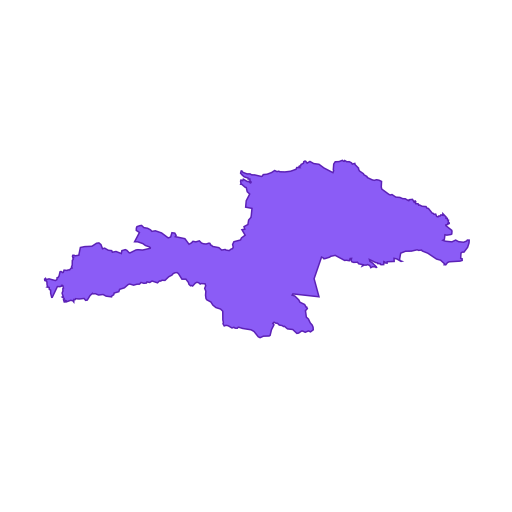 outline of Teziutlán, Puebla, Mexico, rotated 257°
{"feature_id": "50627088B50990328034226", "entity_name": "Teziutlán", "entity_type": "district", "adm_level": 2, "iso_a3": "MEX", "parent_name": "Mexico", "parent_adm1": "Puebla", "projection": "mercator", "projection_center": [-97.359, 19.874], "detail": "fine", "context": "isolated", "style": "filled", "palette": "violet", "viewbox_px": 512, "rotation_deg": 257, "n_neighbors": 0, "source": "geoboundaries", "source_scale": "gbopen_adm2", "svg_char_len": 6078}
<svg xmlns="http://www.w3.org/2000/svg" viewBox="0 0 512 512"><g transform="rotate(257 256 256)"><path d="M205.3,455.9L207.0,456.2L207.7,454.9L212.8,456.4L213.4,457.9L213.0,459.5L216.8,464.1L220.8,466.5L223.5,467.3L224.0,465.5L223.2,464.6L222.7,461.3L224.4,456.6L226.6,454.1L225.7,450.1L227.8,443.9L229.3,441.6L229.9,443.3L234.2,444.9L233.4,446.6L233.1,450.8L233.4,451.7L235.9,452.5L237.0,452.5L242.9,447.8L243.6,448.0L243.6,450.0L244.4,450.1L244.2,451.6L244.9,451.7L245.7,450.9L247.6,451.6L248.0,450.7L249.7,450.9L250.2,449.6L251.2,450.0L255.2,447.6L253.6,447.2L254.5,445.5L253.5,444.2L253.9,443.2L253.2,442.2L253.9,440.9L256.4,440.5L256.5,438.9L257.6,438.4L258.0,437.4L263.5,434.7L264.2,433.3L265.9,432.8L267.1,429.0L268.9,426.9L268.9,426.0L270.4,425.7L271.1,423.3L272.5,423.3L272.8,423.9L273.8,423.6L273.8,422.8L273.2,422.9L272.9,422.2L276.0,421.2L276.4,417.9L275.6,417.6L275.6,417.0L278.2,414.3L278.9,411.8L280.7,409.4L281.9,405.5L285.3,402.3L285.2,400.8L286.0,399.5L292.9,393.6L295.1,393.6L300.4,395.1L302.2,392.9L303.2,390.6L303.1,388.3L303.9,386.6L307.4,382.1L308.5,382.0L310.9,379.4L312.0,379.2L315.5,376.0L317.7,375.4L318.5,375.7L322.7,373.1L324.0,373.1L323.9,370.5L325.3,370.0L326.9,368.1L327.4,365.7L329.1,363.9L328.4,363.2L328.6,362.6L329.8,361.7L329.3,358.2L330.0,354.4L328.1,352.4L322.6,350.7L321.7,350.9L319.9,349.7L326.5,342.0L331.2,338.0L333.1,333.0L336.0,329.8L335.0,326.7L337.2,325.7L337.5,325.0L337.2,323.8L335.6,323.0L335.1,320.5L333.7,319.7L333.9,318.5L333.3,317.9L332.3,318.5L333.0,315.6L331.5,314.5L330.8,308.8L331.4,303.1L332.7,298.2L333.5,297.3L333.5,295.4L335.1,293.4L333.8,289.9L333.2,285.1L333.7,281.4L332.4,280.0L332.3,279.1L335.3,273.0L336.1,270.0L337.4,268.6L338.0,265.8L340.4,262.1L342.1,261.3L342.2,260.7L340.2,259.6L337.9,260.8L335.8,262.3L333.7,265.8L332.7,265.7L332.4,267.3L330.8,267.0L329.1,267.9L328.4,267.2L328.8,266.6L330.5,265.4L330.5,264.3L333.7,260.9L332.4,260.0L333.4,258.5L332.4,257.8L330.1,257.7L329.4,257.2L329.0,258.3L325.4,260.9L324.9,261.9L320.6,261.9L317.8,263.8L312.0,258.9L305.9,256.9L303.3,262.8L296.5,260.5L294.7,259.7L292.7,256.9L288.5,255.2L287.3,250.9L284.6,251.1L284.8,248.2L278.7,250.1L276.9,245.9L275.1,244.5L274.9,237.7L272.5,235.8L269.7,235.8L268.4,234.7L268.4,233.4L267.3,231.1L268.5,228.1L269.3,227.4L269.5,223.9L272.5,221.7L275.1,215.8L276.4,215.2L276.9,214.2L278.6,214.0L279.1,213.1L278.9,210.1L279.7,207.7L280.9,205.8L283.5,204.2L283.3,200.5L284.5,197.9L283.3,196.0L282.5,193.4L288.9,190.6L293.0,181.7L294.1,182.8L296.6,182.0L297.6,179.3L293.7,177.1L293.4,174.5L299.7,169.2L303.2,163.6L303.4,160.1L305.2,159.1L307.4,156.6L308.9,153.1L311.5,151.4L311.7,149.8L311.4,146.6L310.1,145.7L307.9,145.1L305.1,147.7L297.2,140.9L296.4,144.0L293.5,148.6L291.1,150.6L288.9,154.1L287.9,154.9L287.3,154.7L287.3,146.8L288.7,142.4L288.9,140.4L287.4,134.1L287.6,133.2L290.6,131.4L291.6,130.1L291.4,126.5L288.7,125.3L291.9,120.6L292.0,116.9L293.7,116.6L294.8,113.4L297.7,110.3L297.6,108.1L302.0,107.5L304.1,105.9L304.3,103.5L302.4,98.3L303.7,91.2L303.8,86.8L296.6,83.5L296.9,79.6L297.7,78.9L297.9,77.6L297.0,77.1L295.7,77.7L295.8,77.2L293.9,77.1L293.0,76.0L288.5,74.9L286.9,73.8L285.7,74.1L285.7,73.0L284.4,71.3L284.7,69.7L284.4,68.7L285.4,65.8L283.4,64.5L283.3,63.9L284.8,62.5L284.7,61.5L281.0,59.7L279.6,58.4L279.6,57.3L277.8,56.7L277.2,55.0L280.3,49.2L280.2,46.3L281.6,45.9L281.0,44.8L279.6,44.7L278.6,46.3L277.6,46.4L274.8,45.9L273.2,46.2L272.8,45.4L271.8,47.4L270.0,47.1L268.9,48.2L265.7,47.5L261.7,47.6L261.6,48.2L270.9,55.6L270.2,58.2L270.4,59.8L271.1,59.9L271.2,60.4L270.6,61.1L268.0,61.2L267.6,60.4L265.3,60.0L263.5,58.7L259.8,59.0L259.6,57.9L257.8,59.5L257.1,59.4L256.8,58.6L254.3,58.8L254.1,59.7L255.5,60.3L255.1,61.0L254.0,61.1L254.5,65.4L253.7,67.4L252.2,68.1L254.6,68.8L254.2,70.0L255.0,70.6L253.9,74.0L253.3,78.9L251.1,80.0L251.0,81.7L254.8,85.4L256.4,88.3L255.8,88.6L255.4,91.0L253.4,93.8L252.9,98.3L250.6,100.9L248.7,106.0L249.3,106.2L250.3,108.7L251.8,109.4L252.1,114.3L254.2,115.6L254.6,120.6L257.0,125.1L257.1,126.7L255.1,130.2L255.3,133.6L254.8,136.2L256.1,138.0L254.6,140.6L254.3,143.2L255.3,144.0L254.1,146.5L255.0,149.1L252.0,154.0L253.4,156.3L253.0,157.5L253.5,159.0L252.7,161.8L255.4,166.3L256.3,169.8L257.4,171.2L257.9,173.2L257.6,175.4L256.2,176.5L250.1,178.6L249.2,182.5L245.4,184.2L243.5,184.3L241.7,185.5L241.7,186.6L241.0,187.5L243.2,190.7L243.7,192.5L242.9,194.1L241.2,195.3L241.5,196.3L240.4,200.1L238.3,200.3L236.0,198.7L233.0,199.2L229.1,198.0L225.8,197.7L224.4,198.2L221.3,201.7L217.9,202.9L214.8,205.3L212.3,209.5L209.7,211.2L201.1,209.3L198.7,209.3L197.4,208.6L195.0,209.3L195.2,211.2L194.3,213.2L191.3,216.4L191.5,218.4L190.4,219.4L189.8,221.6L190.6,222.6L190.4,223.3L188.4,226.7L185.2,234.6L182.9,237.1L176.8,240.0L175.5,241.6L176.2,245.2L175.1,250.8L175.5,251.9L180.7,254.5L184.9,258.0L186.6,257.2L187.4,258.7L186.1,260.2L185.6,261.8L183.5,263.1L182.3,265.9L181.1,266.9L181.1,267.9L177.9,270.3L176.1,275.3L171.4,278.4L171.3,280.2L172.6,283.4L172.3,284.7L170.6,286.8L171.2,290.3L169.8,292.0L171.2,295.2L173.8,295.6L176.1,295.2L178.7,293.8L182.8,292.9L185.1,291.3L191.6,291.9L193.2,294.2L194.8,293.9L194.9,293.3L197.8,292.5L201.1,288.4L203.6,287.8L208.3,284.8L209.7,282.4L210.8,283.4L202.1,308.2L220.8,307.5L240.2,319.6L238.7,321.4L238.1,321.4L237.9,322.4L238.3,327.6L238.9,328.6L238.8,333.3L231.7,341.4L231.6,343.0L230.4,345.8L232.4,347.2L232.2,348.6L230.3,347.6L228.8,348.1L227.8,349.7L227.1,353.5L225.3,354.3L223.5,358.3L222.3,357.3L222.8,359.4L222.3,361.6L222.6,362.6L221.2,364.7L218.8,365.2L219.3,367.1L218.6,369.8L217.8,370.4L217.8,370.9L218.4,370.8L223.1,367.8L225.2,365.7L227.1,365.7L222.6,371.3L221.9,373.0L221.2,372.9L220.6,375.4L219.7,375.4L219.3,376.3L218.9,378.5L221.8,379.3L221.3,380.1L220.4,379.9L219.5,382.1L220.9,382.5L219.6,389.4L222.7,390.0L221.5,392.5L218.1,396.1L218.1,396.8L219.0,395.5L220.4,395.1L226.2,397.6L227.0,402.8L225.8,408.5L225.8,414.4L224.9,415.7L224.5,418.7L223.5,419.1L220.1,424.0L212.4,431.2L210.4,434.9L205.9,438.0L205.2,437.4L204.7,438.9L206.5,441.1L206.9,442.9L205.1,453.7L205.3,455.9Z" fill="#8b5cf6" stroke="#5b21b6" stroke-width="1.5"/></g></svg>